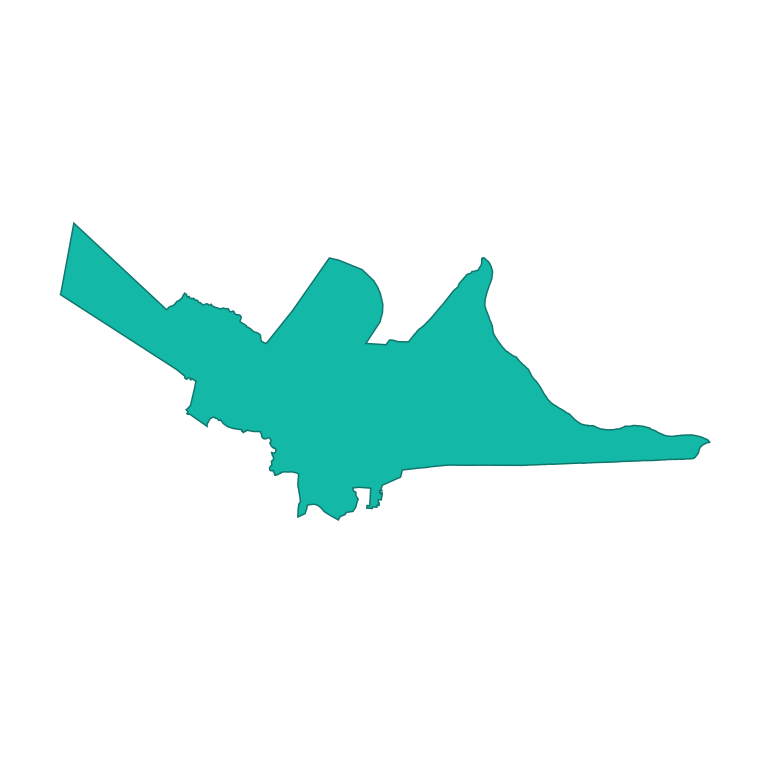 Siak, Riau, Indonesia (Mercator projection), rotated 4°
{"feature_id": "22746128B48036345674071", "entity_name": "Siak", "entity_type": "district", "adm_level": 2, "iso_a3": "IDN", "parent_name": "Indonesia", "parent_adm1": "Riau", "projection": "mercator", "projection_center": [101.837, 0.828], "detail": "fine", "context": "isolated", "style": "filled", "palette": "teal", "viewbox_px": 768, "rotation_deg": 4, "n_neighbors": 0, "source": "geoboundaries", "source_scale": "gbopen_adm2", "svg_char_len": 6165}
<svg xmlns="http://www.w3.org/2000/svg" viewBox="0 0 768 768"><g transform="rotate(4 384 384)"><path d="M63.4,245.2L55.2,317.1L55.0,317.4L175.9,383.9L184.3,389.8L185.0,390.6L184.8,391.7L185.3,392.3L186.6,393.0L187.9,392.4L188.2,391.5L188.4,391.3L189.6,391.1L190.5,392.1L190.3,392.9L190.7,393.2L191.3,393.2L191.5,392.5L191.7,392.2L192.2,392.2L193.7,393.1L194.8,393.3L195.3,394.0L196.2,394.1L195.3,401.4L192.5,418.8L189.8,422.4L188.4,423.4L190.6,425.5L189.4,427.2L190.5,428.0L192.2,427.6L210.5,438.6L210.3,436.0L211.4,434.3L211.9,432.5L213.2,430.7L215.1,429.4L216.8,428.8L218.2,429.9L220.1,430.1L221.5,431.7L222.7,431.9L223.6,431.2L226.4,434.6L229.2,436.4L231.2,437.5L236.6,438.9L245.6,439.6L245.8,440.0L245.5,441.1L246.0,441.3L247.1,442.3L248.1,441.3L249.4,440.8L249.8,440.5L249.8,439.9L250.1,439.6L256.9,440.5L264.0,440.1L264.5,441.6L265.4,442.8L265.4,443.5L265.9,445.3L267.2,446.6L268.1,447.0L270.0,446.9L270.5,446.7L271.8,445.8L272.7,445.7L273.6,446.0L274.2,446.4L275.2,448.4L275.1,449.5L274.3,450.6L274.3,451.1L274.9,451.8L275.1,452.5L276.5,454.4L276.9,454.5L277.4,455.1L277.9,455.0L278.1,455.3L278.5,455.3L278.8,455.8L279.8,456.0L280.9,457.1L280.6,459.1L279.8,460.3L279.1,460.8L278.6,460.8L277.8,460.3L276.6,460.2L277.3,462.0L277.7,462.6L277.7,463.2L278.6,464.2L279.1,466.7L278.9,467.6L278.3,467.7L277.8,468.4L277.1,468.8L277.8,472.9L276.9,473.5L275.7,475.6L275.8,476.4L276.3,478.0L276.7,478.3L277.4,478.4L278.8,478.3L279.3,478.1L279.9,478.3L279.9,479.3L281.3,481.2L281.4,481.8L281.1,482.2L281.4,482.6L282.2,482.6L284.8,481.5L286.4,480.3L286.6,480.4L287.3,480.2L287.6,479.3L290.5,478.6L295.9,478.4L297.5,478.0L303.2,478.8L305.1,479.9L305.1,489.9L305.3,491.9L305.8,494.0L306.3,495.0L306.7,497.3L308.2,503.3L308.5,505.8L309.0,506.9L307.4,509.9L307.1,514.9L307.4,522.7L314.2,518.9L315.7,513.7L315.9,510.2L319.9,509.2L322.6,508.8L325.3,509.3L327.7,510.4L330.5,512.6L333.4,515.6L338.7,518.4L347.9,522.8L349.3,519.4L350.0,519.3L350.5,518.9L350.8,518.5L354.0,517.2L354.0,516.8L354.3,516.7L354.7,515.9L354.7,515.3L355.2,515.3L355.6,514.8L356.2,514.5L361.8,513.3L364.4,508.9L365.5,502.7L366.2,501.3L366.2,500.5L364.1,497.9L363.6,496.3L363.5,493.9L361.1,492.9L360.0,489.9L366.2,488.8L378.0,488.8L378.3,506.3L375.5,506.4L375.5,509.0L381.1,509.0L381.0,507.4L385.5,507.4L385.6,505.5L387.6,505.5L387.6,503.5L387.2,503.8L387.0,502.9L386.6,502.8L386.5,499.8L389.5,499.7L389.5,496.4L389.8,496.2L389.9,492.8L388.4,492.8L388.4,493.8L388.0,493.8L388.0,492.7L387.5,492.7L387.5,492.2L387.2,492.3L387.3,491.5L387.0,491.5L387.0,490.8L389.4,490.8L389.4,490.3L388.6,490.2L388.6,489.9L388.0,489.9L389.3,485.4L389.7,484.9L407.0,475.7L408.3,468.5L424.9,465.4L432.8,464.2L436.2,463.3L451.1,460.8L454.9,460.3L472.3,459.3L487.8,458.1L528.0,455.5L536.6,454.4L538.9,454.3L549.1,453.1L550.7,453.1L553.4,452.5L557.7,452.3L585.8,449.1L587.5,449.2L589.6,449.0L591.5,448.6L596.0,448.2L597.5,447.9L620.6,445.6L625.6,444.8L644.9,442.8L645.8,442.5L657.2,441.6L666.5,440.3L669.3,440.1L673.1,439.4L681.2,438.8L683.8,438.4L688.1,438.2L690.5,437.6L695.7,437.2L698.4,436.4L699.7,435.2L702.4,430.8L703.2,426.7L703.6,425.7L704.2,424.6L706.2,422.6L710.6,419.9L712.6,419.7L713.0,419.3L710.6,417.0L705.2,415.1L702.6,414.4L696.2,413.5L693.7,413.4L685.8,414.2L679.6,415.2L675.8,416.1L672.1,416.2L669.1,416.0L667.6,415.7L664.5,414.5L663.3,414.4L661.6,413.4L661.0,413.5L658.9,412.2L656.6,411.3L653.1,410.5L652.9,409.6L645.2,408.1L636.6,407.9L635.1,408.1L632.5,409.0L627.7,409.3L626.9,409.5L626.3,410.2L621.8,412.4L618.9,412.7L616.3,413.6L612.8,413.9L611.8,414.2L610.3,414.0L609.5,414.2L604.6,413.7L603.9,413.9L599.6,412.6L596.0,411.1L595.0,411.0L594.1,411.2L590.8,411.2L590.3,411.6L589.6,411.4L590.2,411.4L590.3,411.1L590.1,411.0L589.3,410.9L589.0,411.2L583.3,410.2L582.7,409.7L580.6,408.7L576.7,406.1L570.7,400.8L567.7,399.9L566.7,398.9L564.6,397.9L564.3,397.5L563.3,397.3L562.4,396.6L561.0,396.2L557.6,394.2L554.5,392.7L551.4,390.6L548.2,387.6L547.1,386.2L546.9,385.5L544.8,383.3L540.3,376.4L535.4,370.4L533.4,368.8L531.1,366.2L527.6,360.2L526.3,358.7L525.1,358.0L523.2,356.2L521.6,355.2L517.9,352.0L513.9,347.8L511.0,347.0L506.6,344.4L505.0,343.2L504.4,343.2L502.5,341.7L498.9,338.2L496.3,335.0L494.5,333.1L494.3,332.6L491.1,328.3L490.9,327.7L490.3,327.2L489.3,324.8L487.9,318.2L486.8,316.1L486.4,314.9L485.2,313.0L484.4,311.3L484.1,310.0L480.4,302.4L479.1,298.4L479.0,292.8L480.2,285.9L482.5,277.1L483.3,274.9L484.2,271.3L484.5,264.3L482.5,259.0L480.4,255.5L479.2,254.3L477.1,253.0L476.9,252.6L475.0,251.2L474.3,251.1L473.6,251.3L473.4,251.8L473.0,251.8L472.8,252.1L473.0,256.2L472.6,258.7L472.5,259.3L471.2,261.1L469.7,264.2L468.1,264.5L465.6,265.5L464.0,265.6L462.8,267.6L459.3,268.8L452.0,278.6L451.5,279.9L451.2,281.8L447.0,285.9L436.2,301.8L435.2,302.9L426.5,314.8L424.4,317.3L423.6,318.4L419.5,323.1L416.3,326.1L415.0,327.0L414.5,327.9L413.5,328.8L412.4,330.7L411.4,331.7L405.5,340.3L395.2,340.8L390.5,339.8L387.6,339.6L386.8,339.7L385.8,340.6L383.4,344.7L363.1,344.8L375.6,322.5L377.5,313.0L377.3,304.7L374.1,294.2L370.8,287.7L366.5,281.7L354.3,271.5L330.1,263.6L320.7,262.1L287.7,317.1L263.7,351.9L259.0,350.1L258.1,348.5L257.4,344.2L256.8,343.3L255.2,342.3L253.5,341.6L250.8,341.0L250.0,340.5L248.2,339.3L247.1,338.3L244.9,337.1L243.8,337.0L243.4,336.7L243.1,336.4L242.8,335.6L242.3,335.2L236.8,332.3L236.2,332.2L235.9,331.7L236.9,327.8L236.8,327.0L236.2,326.1L235.5,325.5L234.2,325.1L232.4,325.2L230.9,324.8L230.4,324.4L229.2,322.2L228.8,321.9L228.1,321.8L226.3,322.6L225.2,322.6L224.4,321.6L224.0,320.6L223.1,319.7L220.6,320.0L219.1,319.6L218.1,319.5L215.8,320.5L211.6,319.5L209.9,319.4L209.6,319.0L208.6,318.5L207.5,318.5L207.1,318.2L206.3,316.6L205.7,316.6L204.9,317.4L204.1,317.6L202.4,316.4L201.6,316.4L199.1,317.2L198.7,317.7L197.9,317.9L195.3,315.7L193.5,315.5L193.0,315.1L192.4,313.7L191.8,313.5L190.1,313.4L188.1,311.8L187.4,311.9L186.5,312.4L185.1,311.8L184.0,311.6L183.5,310.3L181.7,310.8L180.9,309.8L180.9,308.4L179.5,308.0L178.9,307.3L177.5,309.4L177.4,310.2L176.3,312.6L175.8,312.8L175.3,313.6L174.4,314.3L173.7,315.1L171.8,315.9L169.4,319.3L168.5,320.2L167.1,321.0L165.9,321.3L163.8,322.7L163.1,324.0L161.8,325.0L63.4,245.2Z" fill="#14b8a6" stroke="#0f766e" stroke-width="1.5"/></g></svg>